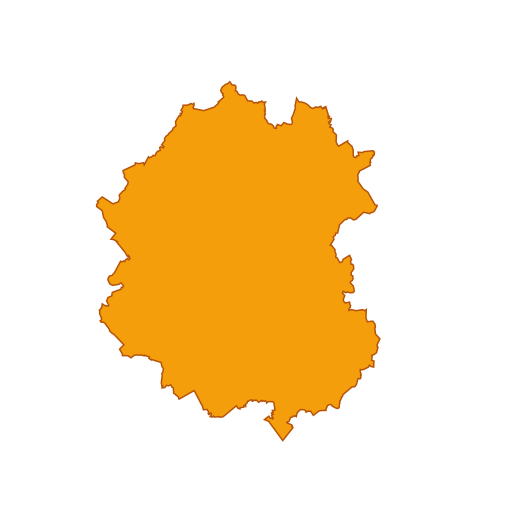 Jerez, Zacatecas, Mexico, rotated 216°
{"feature_id": "50627088B51147239881663", "entity_name": "Jerez", "entity_type": "district", "adm_level": 2, "iso_a3": "MEX", "parent_name": "Mexico", "parent_adm1": "Zacatecas", "projection": "robinson", "projection_center": [-103.004, 22.71], "detail": "fine", "context": "isolated", "style": "filled", "palette": "amber", "viewbox_px": 512, "rotation_deg": 216, "n_neighbors": 0, "source": "geoboundaries", "source_scale": "gbopen_adm2", "svg_char_len": 6147}
<svg xmlns="http://www.w3.org/2000/svg" viewBox="0 0 512 512"><g transform="rotate(216 256 256)"><path d="M360.7,159.4L361.1,155.5L362.6,153.9L362.8,152.4L361.9,149.7L357.9,147.5L354.9,147.9L350.3,152.4L349.5,154.9L345.6,154.0L345.4,152.0L346.5,151.6L345.7,149.8L350.6,142.5L350.7,141.6L349.2,139.0L351.4,135.3L350.4,131.8L346.2,129.6L346.2,128.4L349.6,127.0L352.2,126.9L350.6,123.7L350.8,120.1L350.3,120.0L348.5,117.4L343.9,114.5L343.6,112.9L344.0,112.1L342.3,111.4L340.4,112.8L338.8,112.8L331.6,110.5L330.2,109.3L326.4,108.8L325.4,109.2L310.7,106.5L311.6,100.4L306.3,98.1L305.5,96.9L301.0,100.1L297.3,100.1L296.2,103.8L295.2,105.2L289.7,108.9L287.8,109.4L288.0,110.2L282.8,111.6L282.4,110.2L279.7,110.3L279.8,110.8L270.2,114.1L267.3,111.4L264.9,110.6L263.4,108.0L262.9,105.2L261.7,104.4L258.2,97.9L255.4,95.2L255.1,95.7L254.5,94.1L252.5,95.9L252.4,98.7L250.4,99.6L249.4,101.7L246.8,100.5L245.3,100.7L242.1,96.7L236.3,96.4L234.1,95.0L226.9,110.8L210.9,102.9L208.2,100.7L205.5,103.0L202.9,102.2L202.1,100.5L201.2,100.0L200.7,100.3L200.8,101.9L199.6,102.5L198.9,101.4L198.7,99.1L196.5,100.2L196.3,101.4L195.0,101.3L191.8,104.0L190.4,104.4L188.1,106.7L183.8,123.4L181.2,122.2L179.1,122.8L179.7,123.8L177.0,126.6L177.9,127.6L177.6,128.4L176.0,128.3L177.4,130.3L176.8,131.3L177.3,133.9L176.6,134.3L175.9,136.3L174.8,137.2L174.0,136.3L173.2,136.6L172.8,138.4L171.6,138.7L171.1,139.6L167.9,139.2L166.7,142.4L165.6,142.0L165.1,143.3L164.0,143.3L163.2,144.5L162.4,144.5L161.1,143.3L160.5,145.4L157.0,147.9L155.6,148.1L150.1,142.5L152.0,140.6L150.5,139.8L151.2,138.0L150.5,137.7L150.1,138.6L148.9,138.0L149.7,136.2L146.5,134.6L146.7,134.0L148.0,134.6L148.7,133.0L151.5,133.9L153.0,128.6L148.5,129.7L125.9,122.4L125.2,138.9L126.7,139.1L126.9,140.1L128.1,140.3L133.1,139.2L133.2,139.9L132.1,141.8L133.1,145.7L131.8,147.4L131.7,148.7L130.4,149.0L130.0,150.1L129.1,149.9L130.6,153.4L129.7,158.0L126.5,160.0L124.4,159.8L124.0,159.1L123.2,159.6L123.2,160.5L120.6,162.5L115.9,160.8L114.0,167.4L112.7,169.1L108.6,172.2L109.3,172.8L110.2,177.0L109.3,179.0L107.8,180.0L106.3,179.4L103.1,179.7L100.6,180.4L99.8,181.5L99.8,182.6L101.1,184.4L102.0,187.0L102.9,187.5L102.9,189.4L103.8,192.1L103.4,193.0L104.2,194.8L101.3,206.7L99.7,207.8L99.2,209.2L99.3,211.2L101.3,216.3L101.1,217.3L99.7,217.6L99.5,218.5L101.0,221.5L101.4,221.2L102.1,222.7L103.7,223.6L104.9,225.5L103.4,226.1L102.0,227.8L99.8,232.1L100.1,234.3L98.2,234.2L95.5,235.3L98.9,240.4L101.2,239.6L102.9,242.9L104.0,243.7L102.5,245.8L101.7,248.6L103.7,253.9L104.5,253.8L105.9,255.5L107.1,261.8L113.4,263.1L117.4,267.3L117.5,268.5L119.8,270.9L123.3,271.9L127.3,268.2L130.8,270.7L135.3,277.5L135.9,275.7L138.1,275.3L143.1,270.4L147.2,268.8L148.8,266.5L149.6,267.6L149.6,270.0L150.4,271.5L151.9,272.2L152.7,273.5L153.2,273.7L156.1,270.5L158.6,270.9L159.9,272.3L160.9,276.1L164.3,276.8L164.7,278.7L161.7,279.1L161.2,280.4L157.7,281.9L156.1,283.4L155.7,284.4L156.0,285.6L159.6,288.9L164.2,289.8L164.4,291.1L163.7,292.8L164.2,294.7L166.1,296.8L167.6,296.4L168.6,297.5L169.3,298.6L169.3,303.0L171.8,305.8L173.4,305.9L174.2,305.2L176.6,307.5L176.5,309.1L178.9,310.6L180.4,310.8L180.5,312.1L183.5,304.6L182.9,301.8L184.4,299.9L189.2,302.2L190.7,301.8L192.2,304.4L195.1,306.3L195.7,307.5L201.2,309.0L202.2,308.5L202.7,315.3L204.7,316.8L204.1,319.5L204.9,321.2L203.5,322.6L206.8,330.5L205.4,337.9L204.1,338.8L204.0,340.8L201.8,342.4L198.4,342.5L196.8,344.2L194.6,354.7L188.9,357.1L188.8,358.3L187.4,359.7L186.6,362.1L187.4,367.9L187.9,368.2L189.6,367.2L203.1,373.4L208.7,373.3L217.8,376.4L218.0,377.5L221.6,381.8L221.7,384.5L222.3,385.5L216.8,396.5L218.8,398.6L218.3,399.4L219.5,400.0L220.3,401.7L219.8,403.1L220.0,405.6L220.6,406.4L219.8,407.2L221.2,409.6L223.1,410.0L229.8,404.1L230.8,402.2L234.4,400.0L231.9,397.8L233.5,395.9L232.9,394.8L233.8,393.9L234.8,393.6L236.2,394.3L239.8,399.0L242.8,401.1L248.5,401.7L249.5,403.0L253.6,393.6L255.3,393.7L258.3,395.4L262.1,401.2L267.0,401.9L267.8,403.7L269.0,404.4L272.2,403.7L272.4,406.3L274.3,405.9L276.0,407.0L274.7,407.9L275.4,408.5L274.8,409.0L275.9,411.5L278.3,409.8L278.6,412.0L279.8,411.1L279.9,412.2L287.4,417.9L287.8,417.2L287.2,416.8L287.4,415.8L288.6,415.8L288.7,414.2L291.7,415.1L293.2,412.6L295.6,411.5L296.0,409.8L297.0,408.7L299.3,408.2L302.9,408.8L306.3,408.5L309.8,407.3L311.7,405.8L315.9,407.5L312.7,400.5L311.2,399.1L309.0,392.4L308.2,388.2L305.1,385.6L304.5,384.1L305.1,382.8L308.2,381.2L311.9,380.3L312.1,376.3L315.9,375.0L315.5,374.4L315.9,373.8L315.7,372.3L314.6,371.2L316.5,370.2L318.4,371.4L320.8,371.7L324.1,370.4L326.5,371.4L326.8,372.0L329.9,372.6L332.0,375.2L331.7,376.2L332.8,376.7L333.6,378.7L334.5,378.5L335.0,379.1L334.8,380.2L338.6,384.0L338.8,386.2L340.5,384.5L342.4,384.8L342.7,383.5L344.3,382.5L344.3,380.7L346.2,380.4L347.5,378.5L350.3,379.0L354.0,376.6L359.5,379.3L361.8,378.3L363.4,376.8L365.5,376.6L368.0,378.0L369.9,377.6L370.9,380.0L372.2,381.5L373.5,381.8L376.0,380.3L379.6,381.6L380.1,378.9L381.5,377.0L382.6,372.6L381.9,369.1L379.3,367.8L378.1,368.0L377.5,366.6L376.0,366.1L375.5,365.2L377.1,358.4L376.4,358.3L376.3,356.6L377.3,351.9L383.7,342.9L393.1,338.6L394.3,339.3L394.6,341.4L395.9,343.0L396.5,341.5L398.1,341.2L400.2,337.7L403.6,335.1L402.6,333.3L402.2,329.6L400.4,329.6L399.7,326.8L401.8,327.1L399.7,326.5L399.4,325.1L400.7,324.7L400.1,317.4L397.2,314.3L398.2,310.5L397.5,308.8L398.6,304.0L398.4,302.2L399.2,300.2L399.0,297.1L397.6,295.9L397.7,290.5L395.0,290.4L394.4,289.2L397.6,288.2L397.5,286.9L395.5,285.2L397.2,282.7L397.3,280.4L396.6,277.9L398.4,277.0L398.4,275.6L400.0,272.9L401.3,273.0L400.0,264.0L401.7,265.4L405.1,261.8L408.4,260.4L407.4,258.6L413.8,247.0L412.2,245.3L410.5,244.8L408.8,242.3L403.1,240.9L401.9,238.6L401.7,233.7L400.7,233.0L401.9,229.9L402.5,224.9L400.1,222.7L399.2,218.9L402.4,214.1L415.1,213.4L416.5,207.0L415.0,206.6L415.2,204.0L413.9,202.3L407.1,202.3L402.0,197.6L397.5,195.8L394.3,193.5L393.6,192.2L382.9,192.0L383.2,184.3L380.8,185.6L377.4,186.1L377.8,185.7L364.0,182.0L360.1,180.2L359.7,181.4L358.3,181.2L358.5,179.9L356.5,180.0L356.7,178.1L358.7,178.0L359.3,176.2L359.0,174.3L360.0,174.3L361.2,172.3L362.5,172.2L360.7,159.4Z" fill="#f59e0b" stroke="#b45309" stroke-width="1.5"/></g></svg>